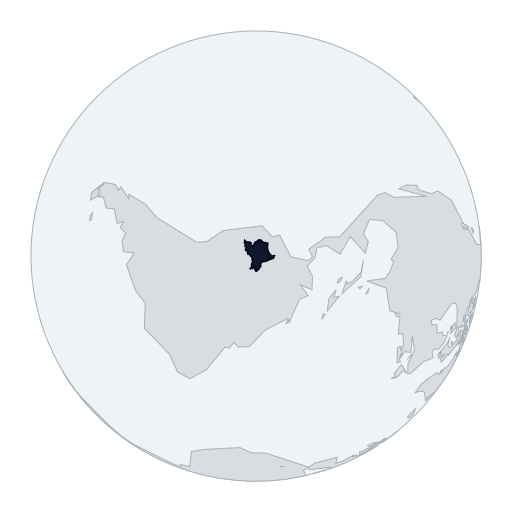 Loreto highlighted on a globe, orthographic projection, rotated 115°
{"feature_id": "PER-585", "entity_name": "Loreto", "entity_type": "Department", "adm_level": 1, "iso_a3": "PER", "parent_name": "Peru", "parent_adm1": "", "projection": "orthographic", "projection_center": [-73.566, -4.337], "detail": "fine", "context": "on_globe", "style": "filled", "palette": "ink", "viewbox_px": 512, "rotation_deg": 115, "n_neighbors": 0, "source": "natural_earth", "source_scale": "10m", "svg_char_len": 11166}
<svg xmlns="http://www.w3.org/2000/svg" viewBox="0 0 512 512"><g transform="rotate(115 256 256)"><circle cx="256" cy="256" r="225" fill="#eef3f6" stroke="#a8b0b8"/><path d="M184.2,42.5L183.8,43.6L194.7,41.0L205.9,43.3L209.4,41.7L215.9,42.5L222.4,41.2L222.6,42.7L227.6,40.5L226.1,39.4L227.8,38.3L231.5,37.7L232.5,39.2L230.8,39.7L233.0,39.9L231.9,41.1L234.5,40.1L235.2,42.5L239.9,39.3L245.1,40.6L244.1,42.5L237.1,43.3L217.3,52.0L214.1,55.4L216.7,58.7L236.5,62.0L236.0,65.9L240.4,70.3L244.0,67.3L241.8,62.9L249.6,59.2L245.9,55.1L248.6,53.2L247.7,49.2L255.5,49.0L263.6,51.2L264.7,54.8L268.2,56.1L273.4,52.5L281.5,59.8L297.2,66.3L298.5,68.7L289.7,72.7L274.0,72.5L262.6,80.5L277.8,74.9L280.6,82.1L284.4,83.4L288.7,83.1L290.7,80.4L293.3,83.1L279.3,89.0L276.7,86.6L281.2,84.5L273.8,84.8L264.4,90.1L266.6,94.0L250.0,100.0L251.4,103.1L248.6,106.6L247.5,101.0L249.1,111.5L230.0,124.4L231.8,145.0L221.6,129.4L212.8,128.0L202.2,129.0L202.3,132.2L188.2,130.8L175.3,138.9L170.3,155.9L175.0,168.6L190.7,168.0L195.5,160.3L207.1,158.1L198.6,178.7L218.8,180.6L216.7,196.3L222.6,204.2L232.8,201.8L243.3,205.4L250.8,196.1L263.0,191.0L263.3,203.8L269.9,192.1L276.7,198.2L300.8,197.8L299.0,200.7L319.3,216.4L341.1,223.8L346.1,233.6L343.5,239.4L351.0,241.5L351.1,245.4L380.5,253.1L395.1,264.1L394.3,277.9L381.5,293.1L368.7,326.6L345.3,336.6L338.5,350.2L318.8,369.7L304.8,367.7L308.0,377.8L299.5,383.6L290.2,383.8L287.9,390.8L281.0,390.9L285.1,395.6L273.2,404.5L275.8,412.0L267.0,419.2L269.0,423.5L265.9,423.3L262.5,424.9L261.9,427.3L252.7,423.2L250.7,413.4L254.5,408.5L250.4,407.7L258.5,394.8L253.8,397.4L255.9,378.1L263.1,362.1L268.6,315.9L263.9,306.8L246.7,296.3L226.1,263.2L231.7,249.5L227.1,243.3L242.0,224.0L238.1,206.7L232.8,204.4L227.5,211.0L209.5,200.8L203.2,188.2L149.3,171.5L144.0,165.8L144.5,155.8L129.9,126.7L134.7,154.9L128.3,149.9L123.9,140.2L127.3,137.2L125.5,123.2L120.3,118.9L122.8,102.5L139.1,81.5L140.2,83.9L144.0,79.2L142.8,76.2L141.1,75.5L152.4,60.8L150.9,57.4L143.0,61.3L150.5,57.2L135.1,65.9L150.8,56.8L167.2,48.9L184.2,42.5ZM44.9,181.0L46.6,176.0L46.1,178.5L44.9,181.0ZM47.2,173.5L46.7,175.1L47.1,173.9L47.2,173.5ZM47.3,172.9L47.2,173.4L47.3,172.9ZM47.1,172.9L47.3,172.7L47.2,172.9L47.1,172.9ZM230.6,152.3L253.7,162.1L240.5,163.7L243.0,161.7L237.2,157.5L226.2,154.0L214.7,156.7L230.6,152.3ZM47.5,171.1L47.7,170.6L48.0,169.9L47.5,171.1ZM241.1,140.3L237.0,139.6L241.0,139.4L241.1,140.3ZM139.6,75.8L142.3,76.5L141.8,80.5L139.0,80.0L139.6,75.8ZM141.3,69.5L143.8,68.7L139.4,73.0L139.3,72.1L141.3,69.5ZM136.3,65.2L137.7,64.5L134.8,66.2L136.3,65.2ZM243.5,49.7L245.6,49.5L244.6,50.3L243.5,49.7ZM241.2,48.3L238.6,49.5L237.1,49.1L238.7,48.4L241.2,48.3ZM244.6,47.1L234.8,48.2L232.3,47.5L236.3,44.4L244.6,47.1ZM224.1,39.5L225.8,40.5L221.0,40.4L224.1,39.5ZM220.6,39.7L203.3,42.2L202.6,40.8L208.5,40.0L204.9,39.1L213.0,37.2L216.9,37.2L215.7,38.4L219.7,36.8L220.6,39.7ZM228.1,37.8L224.7,38.2L223.8,37.0L230.6,36.0L228.7,36.7L228.1,37.8ZM199.9,40.1L200.5,39.3L207.2,37.4L208.4,36.9L213.2,37.0L199.9,40.1ZM230.7,36.6L234.0,35.6L237.7,35.7L231.4,37.4L230.7,36.6ZM220.8,37.2L220.7,36.6L223.0,36.5L220.8,37.2ZM252.9,36.4L248.8,36.4L248.0,35.7L252.9,36.4ZM235.0,35.2L233.6,35.2L232.9,35.0L235.7,34.4L235.0,35.2ZM217.6,35.9L220.3,35.4L216.0,35.7L220.9,34.6L223.2,35.1L224.2,34.4L225.7,34.2L226.0,34.9L217.6,35.9ZM236.3,33.5L240.9,34.3L248.7,34.1L249.6,34.7L237.0,35.0L236.3,33.5ZM230.2,34.2L234.2,33.8L233.3,34.5L230.0,35.1L230.2,34.2ZM223.4,33.9L215.3,35.4L215.0,35.3L223.4,33.9ZM238.7,33.2L237.5,33.1L239.4,33.2L238.7,33.2ZM228.3,33.4L225.4,33.9L225.3,33.7L228.3,33.4ZM237.6,32.6L239.1,32.8L236.9,33.1L237.6,32.6ZM233.5,32.9L233.9,32.6L235.2,33.1L232.2,33.0L233.5,32.9ZM228.6,33.2L227.5,33.3L229.8,33.1L228.6,33.2ZM244.9,31.5L247.2,32.2L242.4,32.8L240.9,32.0L244.9,31.5ZM268.0,431.8L253.4,424.7L261.7,427.9L267.8,424.2L275.3,429.6L268.0,431.8ZM285.8,422.4L292.7,420.5L294.2,421.7L289.8,423.4L285.8,422.4ZM422.8,104.6L415.7,97.3L416.1,99.7L427.3,117.5L425.3,119.0L418.9,115.4L404.2,97.3L410.2,96.1L405.1,90.8L394.8,83.2L397.5,83.9L394.1,81.0L395.4,80.8L388.5,74.3L388.5,73.9L377.2,66.1L376.4,65.6L380.6,68.3L382.8,69.8L385.1,71.4L398.5,81.5L411.1,92.6L422.8,104.6ZM370.2,61.8L371.3,62.6L359.8,56.1L354.0,53.1L370.2,61.8ZM442.2,382.8L442.4,382.5L447.7,374.4L456.5,358.0L471.1,319.1L476.1,302.0L478.4,288.5L479.2,258.1L479.4,242.0L478.4,235.0L476.9,236.2L475.0,227.9L473.5,227.5L460.6,231.9L453.2,221.2L436.5,189.7L436.4,177.5L430.5,163.6L425.1,119.5L430.5,122.2L433.8,118.1L435.4,119.9L442.2,129.6L445.7,134.4L454.0,148.6L461.3,163.3L467.5,178.5L472.6,194.2L476.6,210.1L479.3,226.3L480.9,242.7L481.3,259.1L480.4,275.5L478.4,291.9L475.2,308.0L470.8,323.8L465.3,339.3L458.7,354.3L451.0,368.9L442.2,382.8ZM434.7,141.3L436.7,145.3L434.7,141.3ZM301.6,197.7L304.5,200.2L300.7,200.2L301.6,197.7ZM238.7,168.8L243.6,169.0L246.2,170.8L242.4,171.5L238.7,168.8ZM280.1,168.6L285.7,169.7L279.8,170.7L280.1,168.6ZM257.4,163.5L275.5,168.2L264.1,171.9L252.7,169.1L260.6,168.0L257.4,163.5ZM238.7,147.1L241.8,147.9L240.8,150.1L238.7,147.1ZM243.9,140.2L242.7,140.5L241.2,138.7L243.9,140.2ZM281.4,81.8L282.6,81.4L287.1,81.7L285.1,82.9L281.4,81.8ZM306.5,77.1L310.1,81.7L306.1,78.9L304.0,81.0L292.9,78.3L298.5,69.8L297.9,73.9L306.5,77.1ZM279.7,73.2L286.1,75.3L278.8,73.4L279.7,73.2ZM373.7,67.7L377.1,69.3L380.8,72.3L380.7,74.7L375.2,70.1L373.7,67.7ZM381.0,71.0L367.1,62.4L366.6,61.2L369.2,63.2L370.3,63.3L374.8,66.6L387.9,74.6L392.1,78.0L389.6,79.4L388.1,76.8L384.9,75.1L381.0,71.0ZM332.5,48.9L326.5,46.8L333.2,46.6L338.0,48.6L338.3,50.6L332.6,49.4L332.5,48.9ZM253.5,42.0L250.8,42.5L250.5,41.9L252.6,41.0L253.5,42.0ZM251.0,36.4L265.2,40.0L262.8,40.5L274.0,42.9L272.0,45.3L264.8,43.5L271.6,47.6L264.3,47.0L269.7,49.8L253.9,45.7L247.6,45.8L255.4,44.6L257.4,42.2L256.4,41.3L248.8,38.9L236.3,38.9L236.3,37.1L239.6,35.9L242.7,35.6L241.7,36.7L246.4,35.6L247.3,37.1L251.0,36.4ZM286.0,32.7L286.9,32.9L288.0,33.1L291.5,33.7L297.6,34.9L297.0,35.0L299.6,35.5L302.0,36.2L305.5,37.1L305.6,37.7L309.8,38.9L307.4,38.6L314.6,40.5L309.3,39.4L311.9,40.7L315.7,41.1L308.0,45.8L308.9,49.7L312.5,53.9L302.9,52.3L293.4,47.7L285.3,42.7L285.8,39.6L281.4,39.8L280.3,38.5L284.3,38.9L277.6,37.7L277.8,36.8L270.6,34.4L260.8,33.9L257.9,33.3L261.8,33.1L256.2,32.7L261.7,32.1L259.7,31.8L263.2,31.2L271.9,31.6L269.0,31.3L271.5,31.3L278.7,31.9L276.3,31.7L285.1,32.6L286.0,32.7ZM246.2,31.3L256.3,30.9L261.9,31.1L253.6,32.1L254.6,32.5L249.4,33.8L241.5,33.8L243.7,33.3L244.0,32.9L246.4,33.1L244.7,32.6L247.7,32.2L247.2,31.8L250.6,31.7L246.2,31.3ZM433.6,117.4L432.8,116.4L433.0,116.6L433.6,117.4ZM424.4,106.9L424.1,106.4L429.4,112.5L428.9,112.3L424.4,106.9ZM419.5,101.2L423.7,105.9L421.2,103.2L419.5,101.2Z" fill="#d9dde1" stroke="#a8b0b8" stroke-width="1"/><path d="M249.6,239.1L249.9,239.2L250.2,239.5L250.3,239.5L250.5,239.7L250.6,239.8L250.9,239.8L251.0,239.6L251.2,239.8L251.3,240.1L251.2,240.2L251.5,240.3L251.8,240.3L252.1,240.7L252.4,240.9L252.6,241.1L252.9,241.6L252.8,241.8L252.9,242.0L253.1,242.0L253.1,242.3L252.9,242.3L253.1,242.5L253.2,242.8L253.4,242.8L253.6,242.9L253.8,243.0L254.0,242.9L254.1,243.2L254.4,243.1L254.4,243.3L254.5,243.3L254.8,243.6L255.1,243.8L255.1,243.7L255.3,243.6L255.7,243.9L255.8,244.1L255.9,244.3L256.0,244.3L255.9,244.5L256.0,244.5L256.3,244.8L256.3,245.1L256.2,245.2L256.1,245.5L256.5,245.8L256.8,246.0L257.0,245.9L257.3,245.8L257.5,246.0L257.6,246.4L257.6,246.5L257.7,246.8L257.7,247.1L257.8,247.1L257.6,247.4L257.5,247.5L257.4,247.7L257.6,247.8L257.6,248.0L257.8,248.1L258.0,248.0L258.3,248.1L258.4,248.4L258.5,248.5L258.7,248.4L259.0,248.3L259.3,248.3L259.4,248.5L259.5,248.4L259.6,248.1L259.8,248.2L259.9,248.3L260.4,248.4L260.5,248.5L261.0,248.5L261.0,248.4L261.5,248.4L261.8,248.1L262.4,248.1L262.6,247.8L262.8,247.5L263.2,247.3L263.2,247.5L263.4,247.5L263.5,247.5L264.0,247.7L264.0,247.8L264.0,248.0L264.2,247.9L264.3,247.8L264.5,248.1L264.4,248.2L264.4,248.3L264.6,248.3L264.8,248.1L265.1,248.1L265.3,248.2L265.5,247.9L265.8,247.8L266.0,247.9L266.0,247.7L266.4,247.7L266.5,247.7L266.9,248.0L267.2,248.1L267.3,248.3L267.5,248.6L267.7,248.4L267.9,248.5L268.1,248.6L268.3,248.8L268.4,248.7L268.6,248.8L268.6,249.0L268.8,248.9L268.9,249.0L269.1,249.3L269.3,249.3L269.4,249.5L269.6,249.3L269.7,249.6L269.8,249.7L267.1,253.8L267.3,253.9L267.9,254.2L268.1,254.2L268.3,254.2L268.5,254.0L268.8,254.0L269.1,254.4L269.2,254.8L269.3,254.9L269.7,255.1L269.9,255.3L270.1,255.6L270.0,255.9L269.8,256.0L269.7,255.9L269.4,255.7L269.4,255.8L269.2,256.0L269.1,255.9L268.7,255.7L268.8,255.4L268.7,255.3L268.6,255.2L268.6,255.4L268.4,255.3L268.3,255.2L268.2,255.3L267.9,255.4L267.7,255.5L267.5,255.4L267.5,255.2L267.4,255.2L267.3,255.4L266.9,255.3L266.7,255.4L266.7,255.5L266.5,255.9L266.2,256.2L265.9,256.2L265.7,256.1L265.6,256.3L265.5,256.2L265.4,256.1L265.2,256.3L265.1,256.2L264.9,256.2L264.9,256.4L264.6,256.5L264.5,256.4L264.2,256.4L264.0,256.6L263.8,256.6L263.6,256.7L263.3,256.6L263.2,256.6L262.9,256.7L262.5,256.7L262.2,257.0L261.9,257.1L261.7,257.3L261.2,257.7L260.8,257.7L260.8,257.8L260.6,257.8L260.6,258.1L260.4,258.2L260.2,258.4L259.8,258.6L259.7,258.6L259.6,258.8L259.4,258.9L259.2,258.8L258.9,259.0L258.5,259.1L258.6,259.4L258.6,259.7L258.5,259.8L258.5,260.1L258.3,260.4L258.4,260.8L258.3,261.2L258.2,261.4L257.8,261.9L257.7,262.1L257.3,262.8L257.3,263.0L257.5,263.3L257.6,263.8L257.7,264.1L257.5,264.6L257.4,264.7L257.1,264.8L256.8,264.8L256.2,265.3L255.6,265.7L255.5,265.9L255.2,266.0L255.2,266.3L255.0,266.9L255.3,267.4L255.4,267.7L255.2,267.8L254.7,267.9L254.4,267.9L254.5,268.2L254.5,268.4L254.4,268.5L254.2,268.4L253.4,268.1L253.1,268.0L252.8,268.0L252.7,268.0L252.3,267.7L252.1,267.7L252.0,267.8L251.9,267.9L251.9,268.0L252.0,268.2L252.1,268.7L252.1,269.1L252.2,269.5L252.1,269.9L252.0,270.0L251.6,270.3L250.7,270.4L250.4,270.5L249.9,270.8L249.7,270.9L249.2,270.9L248.9,271.2L248.6,271.2L248.5,271.3L248.4,271.5L248.5,271.7L248.8,272.1L248.8,272.3L248.6,272.3L248.2,272.0L248.1,271.9L247.9,271.9L247.7,272.2L247.4,272.4L247.0,272.8L246.6,272.9L246.8,272.3L246.9,271.8L247.4,271.2L247.2,270.5L246.3,268.4L246.2,268.2L246.1,267.8L246.2,266.9L246.1,266.5L246.3,265.8L246.5,265.6L246.8,265.5L247.1,265.6L247.3,265.7L247.8,266.2L247.9,266.3L248.0,266.2L248.4,265.6L248.5,265.3L248.6,263.9L248.4,263.6L248.1,263.3L247.8,263.1L247.1,263.0L246.8,263.0L246.2,263.0L245.9,262.9L245.4,262.3L245.3,262.2L245.1,262.2L245.0,262.3L244.3,262.7L244.1,262.8L243.9,262.7L243.7,262.6L243.3,261.8L243.2,261.6L242.7,261.3L241.8,261.3L241.6,261.2L241.4,261.0L241.1,260.8L240.9,260.6L240.4,260.4L240.1,260.3L240.1,260.2L239.8,259.5L239.7,259.2L239.6,258.6L239.5,258.2L239.6,257.7L240.0,257.1L240.3,256.4L240.3,256.0L240.4,255.1L240.5,254.8L240.3,254.3L240.1,253.8L240.0,253.6L240.0,253.3L240.0,253.0L239.9,252.7L239.8,252.3L239.6,251.9L239.5,251.5L239.4,251.1L239.4,250.7L243.8,249.1L244.0,249.0L246.1,247.3L247.8,245.3L248.1,245.0L248.8,242.6L249.0,242.8L249.5,242.8L249.4,242.6L249.2,241.9L249.2,241.7L249.4,241.4L249.3,241.1L249.2,241.0L249.0,240.8L248.9,240.8L248.8,240.7L248.6,240.4L248.5,239.9L248.4,239.9L248.2,239.8L248.1,239.7L247.9,239.7L247.9,239.4L248.1,239.5L248.3,239.5L248.6,239.6L248.8,239.5L249.0,239.6L249.4,239.3L249.5,239.1L249.6,239.1Z" fill="#0f172a" stroke="#020617" stroke-width="1.5"/></g></svg>